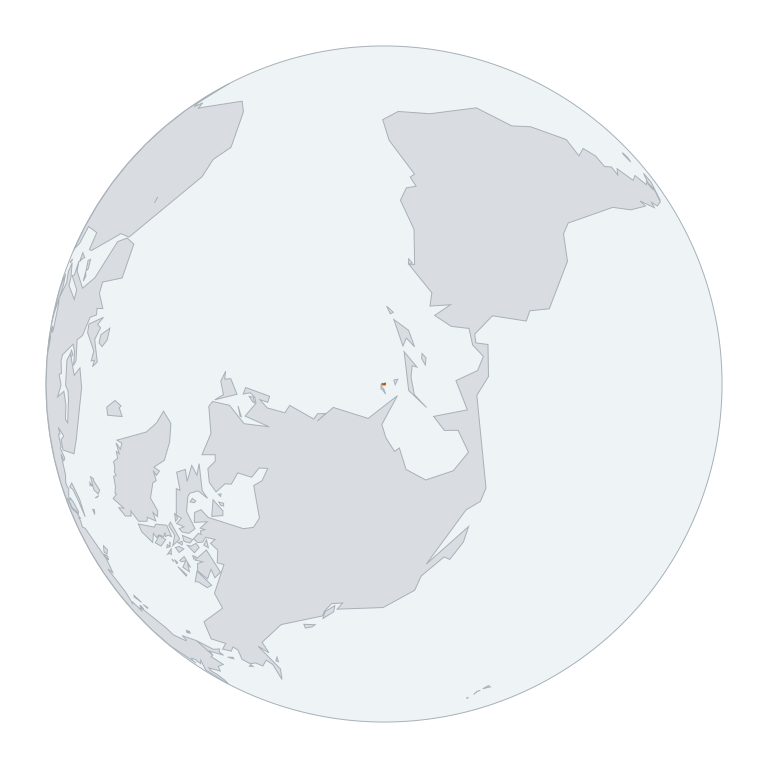 South Abaco on an orthographic globe, rotated 238°
{"feature_id": "BHS-5016", "entity_name": "South Abaco", "entity_type": "District", "adm_level": 1, "iso_a3": "BHS", "parent_name": "The Bahamas", "parent_adm1": "", "projection": "orthographic", "projection_center": [-77.194, 26.12], "detail": "coarse", "context": "on_globe", "style": "filled", "palette": "amber", "viewbox_px": 768, "rotation_deg": 238, "n_neighbors": 0, "source": "natural_earth", "source_scale": "10m", "svg_char_len": 9815}
<svg xmlns="http://www.w3.org/2000/svg" viewBox="0 0 768 768"><g transform="rotate(238 384 384)"><circle cx="384" cy="384" r="338" fill="#eef3f6" stroke="#a8b0b8"/><path d="M378.2,487.3L370.2,483.7L362.4,493.1L335.0,476.6L325.2,456.7L241.8,415.4L233.4,403.6L233.7,386.7L208.8,324.3L218.3,380.2L208.0,367.7L200.4,346.8L205.5,343.3L201.5,313.9L192.8,300.6L194.9,264.8L217.9,224.9L220.2,232.9L225.5,223.2L222.9,213.1L219.9,208.9L234.5,169.3L229.6,143.8L217.0,143.9L228.4,138.3L197.2,145.2L187.5,140.9L205.3,141.0L212.3,137.7L209.0,131.9L215.5,127.3L217.7,122.3L225.8,117.7L235.6,119.2L241.0,116.6L238.4,112.8L244.8,106.6L247.8,112.4L259.4,102.4L277.8,105.3L279.4,128.3L296.3,129.3L315.7,152.6L320.7,147.8L331.2,155.0L340.8,152.5L341.7,158.4L348.6,151.4L346.0,146.5L348.2,142.1L353.6,140.4L355.7,147.4L353.2,149.2L356.7,150.5L355.4,154.9L359.1,151.8L360.9,161.1L367.2,149.7L375.4,155.4L374.4,162.2L364.0,164.2L335.8,188.1L331.6,197.3L336.2,207.3L366.9,219.7L366.6,229.4L374.0,240.6L379.0,233.5L375.0,222.4L386.1,212.9L380.0,201.5L383.6,196.3L381.5,184.4L393.1,183.7L405.6,189.8L408.0,200.0L413.5,203.4L420.5,192.2L433.7,211.0L457.9,223.6L460.0,229.4L447.8,241.7L424.5,244.3L408.5,264.0L430.4,249.2L435.5,265.2L441.1,267.4L447.5,265.9L450.1,259.3L454.3,264.8L434.2,280.5L430.1,275.7L436.5,270.4L425.6,272.3L412.1,284.7L415.8,292.7L391.6,305.8L393.9,312.0L389.9,318.9L387.9,307.8L391.0,328.6L363.2,352.3L367.0,389.2L350.8,360.7L337.4,357.1L321.3,357.2L321.6,363.1L299.9,357.4L280.5,368.5L273.7,396.8L281.4,419.5L305.5,422.3L312.6,410.6L330.2,408.9L317.9,441.0L348.7,446.8L345.8,470.6L354.8,482.9L370.2,479.9L386.1,485.5L397.2,471.6L415.3,463.3L416.0,482.4L425.7,464.3L436.0,472.9L471.7,468.6L469.1,473.3L499.2,491.4L531.1,495.3L538.5,507.0L534.7,516.0L545.6,515.9L545.8,521.1L588.1,517.5L608.9,523.0L607.6,540.5L589.0,565.9L569.3,608.6L535.2,629.1L524.6,644.5L494.7,668.1L474.2,670.2L478.2,677.7L465.3,684.2L451.5,686.3L447.6,691.8L437.3,693.0L443.1,695.7L424.7,703.2L427.8,707.3L414.0,712.1L416.4,714.0L411.8,714.2L406.5,715.2L405.5,716.2L392.1,714.9L390.2,710.1L396.3,707.1L390.3,706.7L403.5,698.1L396.3,700.1L400.9,685.6L412.6,671.6L422.9,625.5L416.2,615.8L390.8,604.6L360.2,564.0L368.8,546.5L362.0,538.0L384.4,512.1L378.2,487.3ZM70.8,313.7L73.2,306.3L72.9,312.8L70.8,313.7ZM73.9,300.7L73.2,303.4L73.6,300.9L73.9,300.7ZM73.7,298.1L73.9,300.0L73.4,298.6L73.7,298.1ZM73.1,295.6L73.6,296.6L73.4,296.8L73.1,295.6ZM365.4,401.5L400.7,418.2L380.9,420.9L384.6,417.6L375.6,410.6L359.0,404.1L341.5,407.6L365.4,401.5ZM73.3,289.5L73.4,287.8L74.1,288.0L73.3,289.5ZM380.7,381.3L374.6,380.0L380.5,379.7L380.7,381.3ZM217.5,208.0L222.2,213.5L222.1,224.8L217.5,220.6L217.5,208.0ZM218.7,188.0L222.7,188.7L216.4,198.0L216.1,194.6L218.7,188.0ZM206.6,145.6L209.1,148.6L204.4,147.3L206.6,145.6ZM216.6,122.4L213.8,123.2L216.1,120.3L216.6,122.4ZM375.2,185.8L378.3,185.1L377.1,187.6L375.2,185.8ZM371.4,181.4L367.8,184.8L365.5,183.3L367.8,181.2L371.4,181.4ZM230.6,111.0L235.2,106.6L232.2,111.2L230.6,111.0ZM376.4,177.7L361.8,180.2L357.8,177.6L363.0,167.8L376.4,177.7ZM239.0,104.2L249.9,94.6L244.6,95.1L265.7,89.0L249.4,98.7L246.6,104.0L244.1,102.3L239.0,104.2ZM342.8,145.8L345.9,150.9L338.3,148.3L342.8,145.8ZM337.4,145.4L311.1,145.6L309.3,137.9L318.5,139.1L312.2,131.0L324.3,127.0L330.5,130.6L329.2,136.2L334.8,130.5L337.4,145.4ZM275.6,87.6L279.7,85.8L277.3,88.0L275.6,87.6ZM348.5,140.1L343.3,140.6L341.4,133.8L351.4,131.7L348.8,134.5L348.5,140.1ZM304.6,131.2L305.0,126.2L314.8,121.5L316.3,119.0L324.4,126.3L304.6,131.2ZM352.0,135.2L356.5,131.0L362.4,132.8L353.4,139.3L352.0,135.2ZM336.7,133.1L336.3,129.9L339.8,130.9L336.7,133.1ZM385.6,138.0L379.5,138.1L378.0,134.5L385.6,138.0ZM357.8,129.3L355.8,128.7L354.5,127.5L358.6,125.2L357.8,129.3ZM330.8,122.8L334.9,122.1L328.0,119.5L335.1,116.3L339.2,122.0L340.5,118.2L342.6,117.3L343.6,123.1L330.8,122.8ZM358.9,119.3L366.5,126.3L378.3,126.6L380.0,129.7L360.8,128.7L358.9,119.3ZM349.8,120.9L355.8,120.5L354.8,124.2L350.1,126.9L349.8,120.9ZM338.5,112.4L326.5,115.7L326.0,114.4L338.5,112.4ZM362.5,118.6L360.5,117.0L363.4,118.2L362.5,118.6ZM346.1,113.3L341.9,114.5L341.5,113.0L346.1,113.3ZM360.2,113.0L362.6,115.1L359.5,116.8L360.2,113.0ZM353.9,112.5L354.3,110.2L356.9,116.1L352.1,113.3L353.9,112.5ZM346.3,111.7L344.7,111.2L348.1,111.4L346.3,111.7ZM370.5,105.9L374.6,113.0L367.8,116.5L364.7,109.0L370.5,105.9ZM414.0,717.4L393.0,715.6L405.0,716.5L414.5,714.4L425.1,715.7L414.0,717.4ZM441.5,710.9L451.8,708.6L453.9,708.8L447.3,710.6L441.5,710.9ZM636.2,159.1L646.0,172.3L637.8,164.6L618.8,141.8L610.6,133.3L636.2,159.1ZM602.1,125.9L601.6,126.2L589.6,116.4L600.3,126.0L602.6,127.1L609.4,133.6L607.7,133.1L603.6,129.3L605.0,132.1L624.5,150.6L628.9,153.8L638.1,168.6L646.4,175.7L652.1,183.8L640.2,174.9L634.5,169.1L619.8,166.1L626.7,173.3L641.0,177.0L640.5,179.2L649.9,190.5L642.4,183.6L625.0,179.1L627.3,195.1L645.9,233.6L643.9,243.5L635.2,246.0L612.7,218.1L619.6,199.4L611.7,190.7L596.9,185.5L600.2,180.7L595.0,176.8L596.3,170.1L584.9,154.0L584.2,147.2L567.0,135.2L564.3,130.5L575.3,138.7L582.5,141.4L579.2,126.9L574.8,122.4L563.9,116.1L564.3,113.6L554.2,109.5L546.0,100.3L547.4,108.6L534.6,103.0L522.8,95.1L518.8,95.2L538.1,108.3L545.6,112.4L551.6,113.3L572.2,127.7L576.1,134.2L555.5,125.9L558.8,134.7L541.3,125.7L499.9,93.5L489.1,84.1L498.1,76.8L508.0,80.7L509.6,84.9L519.8,84.8L513.4,82.9L513.8,81.3L501.6,76.8L501.3,75.5L490.2,73.9L488.5,71.8L495.6,72.8L476.1,65.9L469.1,61.8L464.8,61.0L462.3,61.2L455.0,56.6L452.2,56.3L453.5,57.6L448.7,58.0L437.5,57.3L435.6,55.7L439.4,55.8L444.6,54.1L455.0,55.2L453.0,54.6L443.6,53.3L437.3,55.2L431.1,55.4L432.6,53.8L431.6,54.4L427.9,54.0L422.5,52.4L420.1,54.1L382.1,55.9L367.8,54.1L373.4,51.8L344.9,54.6L331.0,54.5L332.2,55.3L319.3,58.6L323.5,58.6L323.1,59.4L292.0,70.2L283.2,72.3L271.2,80.0L271.8,80.8L277.6,79.5L265.7,89.0L244.6,95.1L244.3,93.0L231.3,99.1L232.4,93.8L227.3,93.0L236.0,85.1L231.2,85.9L226.7,88.4L216.7,92.2L212.0,93.1L235.9,81.3L246.9,82.2L244.1,80.3L250.7,77.8L253.4,75.6L251.0,75.1L247.0,76.8L273.7,64.7L274.8,64.2L298.6,57.0L322.9,51.6L347.5,48.1L372.3,46.3L397.2,46.3L422.0,48.2L446.6,51.9L470.9,57.4L494.6,64.7L517.8,73.7L540.3,84.4L561.9,96.7L582.5,110.6L602.1,125.9ZM720.7,412.3L721.0,400.3L721.0,375.5L719.8,369.9L718.5,379.3L716.2,372.7L714.7,376.9L699.0,413.6L689.3,409.0L665.8,379.7L665.0,358.1L656.2,339.5L643.7,245.5L650.9,240.7L652.2,206.7L654.1,205.4L664.6,220.6L674.1,217.0L664.6,200.5L662.7,192.9L661.2,190.7L675.2,212.6L687.5,235.5L698.1,259.3L706.7,283.8L713.5,308.9L718.3,334.5L721.1,360.3L721.9,386.3L720.7,412.3ZM659.4,285.4L662.5,291.3L659.4,285.4ZM472.8,468.2L477.1,471.3L471.5,472.2L472.8,468.2ZM378.3,429.1L385.7,429.4L389.6,432.4L383.9,433.5L378.3,429.1ZM440.2,426.5L448.6,427.5L439.9,429.9L440.2,426.5ZM406.2,420.2L433.4,426.5L416.5,433.3L399.3,429.6L411.1,427.3L406.2,420.2ZM377.5,393.1L382.1,394.5L380.8,398.2L377.5,393.1ZM385.0,381.2L383.2,381.6L380.9,378.6L385.0,381.2ZM436.6,264.3L438.4,263.2L445.0,263.1L442.1,266.1L436.6,264.3ZM472.9,247.1L478.8,256.5L472.6,251.5L469.7,256.9L453.2,253.9L460.3,232.1L460.0,242.2L472.9,247.1ZM433.0,245.0L442.7,248.6L431.8,245.6L433.0,245.0ZM565.1,164.7L569.9,164.2L575.8,170.0L576.6,181.1L568.0,172.5L565.1,164.7ZM575.2,162.3L554.6,152.5L553.2,146.0L557.5,151.1L558.7,147.9L565.8,155.4L584.7,159.9L591.2,165.6L589.2,181.4L586.3,172.7L581.8,173.4L575.2,162.3ZM504.2,146.9L495.2,144.7L503.9,133.1L511.3,136.6L512.6,147.1L504.7,149.4L504.2,146.9ZM388.5,160.8L384.5,162.4L383.9,160.2L386.8,157.1L388.5,160.8ZM382.9,138.4L405.3,152.4L401.9,154.7L419.1,161.4L416.8,170.2L405.7,165.4L416.8,177.8L405.9,177.0L414.4,185.0L389.9,173.3L380.6,173.8L391.9,169.7L394.3,161.4L392.5,158.0L380.5,149.0L361.4,147.0L360.8,139.3L365.4,134.4L369.9,133.7L368.9,138.7L375.6,134.2L377.5,141.1L382.9,138.4ZM419.6,93.5L416.6,97.6L430.4,93.6L432.4,98.8L433.9,98.0L439.6,102.0L449.0,105.8L448.4,108.3L452.4,108.8L456.2,111.7L461.4,113.4L462.2,118.7L468.6,121.3L465.3,122.5L476.1,125.6L468.4,125.8L472.6,130.3L477.9,127.8L469.2,157.1L471.6,170.8L477.8,182.6L463.6,182.4L448.8,171.8L435.7,157.3L435.4,144.8L429.1,147.5L427.1,142.5L432.9,142.4L422.7,139.6L422.7,135.6L411.0,125.5L396.3,124.9L391.7,121.6L397.4,119.9L388.8,117.9L396.4,112.6L393.2,110.3L397.6,103.2L410.5,102.0L406.0,99.6L409.1,94.7L419.6,93.5ZM372.2,103.9L387.0,100.2L395.5,101.5L384.3,113.4L386.1,116.2L379.3,124.9L367.2,123.0L370.2,120.6L370.4,117.9L374.1,119.5L371.3,116.3L375.4,113.1L374.3,109.8L379.5,109.3L372.2,103.9ZM649.8,197.2L650.1,195.1L649.1,190.7L655.0,198.2L649.8,197.2ZM638.4,194.2L637.7,191.1L645.6,198.6L645.2,201.2L638.4,194.2ZM630.7,183.5L637.1,190.4L633.4,188.2L630.7,183.5ZM573.9,135.9L572.4,132.8L574.9,133.8L578.8,137.1L573.9,135.9ZM460.9,86.0L457.8,87.4L455.7,86.5L444.6,86.6L442.2,83.3L448.0,81.9L460.9,86.0ZM645.0,169.4L644.7,169.0L642.6,166.5L642.0,165.8L645.0,169.4ZM653.5,184.1L653.3,181.8L655.1,186.2L653.5,184.1ZM456.4,82.4L452.1,82.7L453.6,80.9L456.4,82.4ZM439.9,80.9L440.5,78.7L440.6,82.9L439.9,80.9ZM429.7,60.2L447.9,63.1L459.3,64.3L463.3,63.0L465.5,66.7L447.8,64.8L429.7,60.2ZM388.2,56.2L384.8,58.3L381.0,57.4L381.3,56.8L388.2,56.2ZM389.8,57.5L395.4,60.4L390.1,61.7L386.7,59.0L389.8,57.5ZM426.6,69.5L432.1,70.5L430.8,71.8L426.6,69.5ZM277.8,85.2L279.5,85.8L275.8,86.6L277.8,85.2ZM325.7,59.3L324.5,60.5L320.2,61.0L325.7,59.3ZM319.0,64.5L324.7,63.0L319.4,65.2L319.0,64.5ZM337.3,60.0L327.3,62.7L335.7,59.3L337.3,60.0Z" fill="#d9dde1" stroke="#a8b0b8" stroke-width="1"/><path d="M384.9,382.6L384.9,382.8L384.9,383.0L384.7,383.0L384.7,382.9L384.4,383.0L384.2,383.3L384.1,383.9L384.1,384.0L384.0,384.3L384.0,384.8L384.0,385.2L383.8,385.4L383.7,385.3L383.6,385.1L383.4,384.8L383.0,384.7L382.9,384.5L383.0,384.5L383.1,384.4L383.3,384.3L383.4,384.2L383.6,384.0L383.7,383.9L383.8,383.8L383.8,383.6L383.7,383.5L383.7,383.4L383.8,383.3L383.8,383.2L384.9,382.6Z" fill="#f59e0b" stroke="#b45309" stroke-width="1.5"/></g></svg>